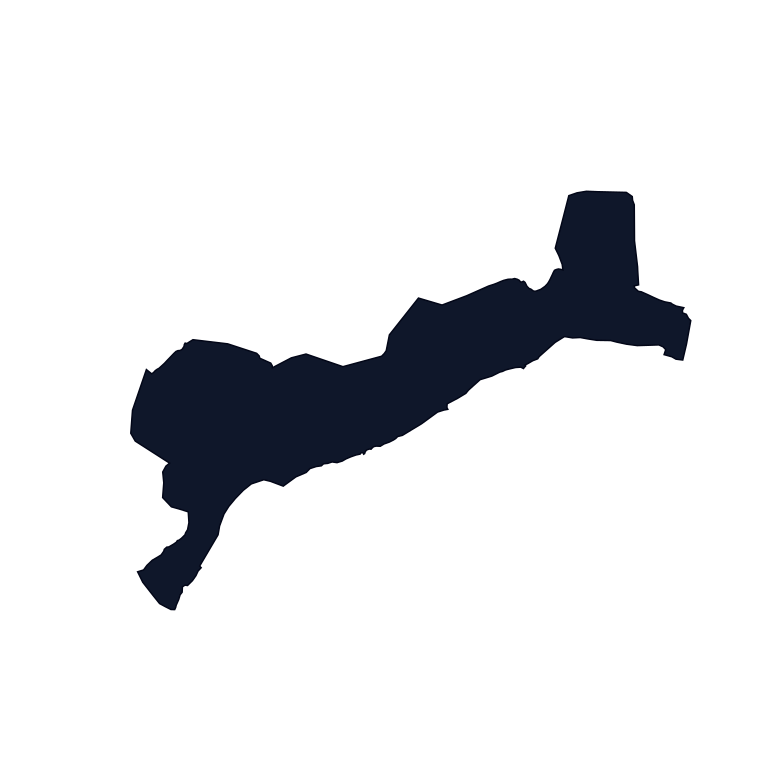 Yauri, Kebbi, Nigeria, rotated 237°
{"feature_id": "59680162B47779539071975", "entity_name": "Yauri", "entity_type": "district", "adm_level": 2, "iso_a3": "NGA", "parent_name": "Nigeria", "parent_adm1": "Kebbi", "projection": "robinson", "projection_center": [4.721, 10.768], "detail": "fine", "context": "isolated", "style": "filled", "palette": "ink", "viewbox_px": 768, "rotation_deg": 237, "n_neighbors": 0, "source": "geoboundaries", "source_scale": "gbopen_adm2", "svg_char_len": 3324}
<svg xmlns="http://www.w3.org/2000/svg" viewBox="0 0 768 768"><g transform="rotate(237 384 384)"><path d="M329.5,130.6L331.7,130.2L347.9,162.7L354.5,168.8L362.1,179.0L365.9,187.2L368.9,196.8L371.5,208.1L372.5,218.3L369.2,231.0L368.7,231.5L364.2,235.8L353.2,243.9L353.3,245.0L354.1,259.5L352.2,270.6L353.4,275.8L351.7,282.2L349.5,286.9L350.0,289.8L349.1,291.6L348.1,293.5L346.9,298.0L346.3,298.7L343.6,301.8L343.3,303.0L342.1,307.0L341.9,311.3L341.0,316.5L339.7,321.9L338.2,325.8L338.5,326.4L338.7,327.3L338.6,327.7L338.3,328.3L337.8,328.8L337.3,328.9L336.2,328.7L336.2,329.9L336.8,330.5L337.5,331.6L338.1,333.3L337.8,335.0L337.4,336.4L336.4,337.6L336.5,337.7L337.1,341.1L336.2,343.6L335.7,344.3L333.8,347.0L333.8,347.6L333.7,351.4L332.4,356.8L331.9,361.4L331.9,364.1L332.5,366.8L330.9,371.5L330.6,381.7L330.2,393.8L331.3,413.6L329.5,420.1L328.0,423.7L330.1,424.0L333.0,426.2L331.9,438.1L331.6,447.6L332.8,451.3L333.8,457.4L335.3,467.0L333.9,471.8L331.9,478.8L330.9,487.6L330.0,490.3L329.6,493.4L328.9,495.7L326.3,503.0L325.7,504.2L323.6,507.9L321.0,509.4L321.4,510.5L322.0,512.6L323.2,512.3L322.8,515.3L322.5,521.5L321.4,526.6L322.5,529.1L325.7,550.2L325.6,555.4L325.5,560.6L325.4,561.2L324.6,562.2L320.0,567.2L316.1,573.9L310.9,579.4L304.8,586.2L297.0,597.8L292.5,601.9L285.3,609.1L278.3,617.3L272.9,626.2L267.1,635.8L263.2,638.3L259.4,639.0L256.1,634.9L250.1,640.2L245.8,642.4L241.4,647.6L252.7,659.4L270.1,675.8L273.3,675.1L277.8,675.5L281.1,673.1L283.4,674.6L284.7,677.0L290.2,671.5L293.9,669.3L295.7,668.7L300.0,664.2L304.3,660.8L310.0,657.1L315.5,653.7L321.2,650.0L323.2,647.8L328.2,646.5L330.0,647.3L328.5,651.5L341.0,658.6L344.2,660.5L367.7,672.1L398.0,691.5L402.6,692.5L406.0,694.3L412.7,691.6L429.1,667.6L435.4,658.7L439.2,650.0L441.3,641.6L426.3,625.3L404.6,601.6L396.4,600.6L387.3,598.6L382.2,596.2L383.7,594.9L385.5,592.9L386.2,590.8L386.5,588.9L385.4,586.8L384.2,585.0L382.8,582.7L381.3,580.3L379.9,577.7L379.0,575.6L378.2,572.2L378.0,567.0L378.7,564.0L379.1,562.0L380.3,560.1L383.7,558.8L384.9,557.8L388.0,557.1L392.4,557.6L394.2,557.0L394.5,555.3L395.0,554.1L397.3,553.9L399.3,552.8L401.3,551.0L402.2,548.4L403.1,547.1L404.3,545.0L405.7,540.9L406.4,537.6L407.0,533.9L407.8,530.2L409.2,525.1L410.0,520.1L413.0,501.3L418.6,475.7L437.3,459.7L422.3,415.3L410.7,404.0L409.4,400.8L408.6,397.1L420.9,359.0L451.5,335.0L451.6,334.9L456.4,320.5L458.4,299.2L460.1,300.2L463.2,300.4L473.2,293.9L475.6,294.6L479.1,293.9L502.8,274.8L525.2,247.9L525.3,243.5L525.3,240.8L526.6,239.5L525.9,238.1L524.4,236.7L523.0,233.4L523.2,231.2L524.2,229.4L524.6,227.3L524.1,224.5L522.5,217.7L522.0,215.5L520.9,211.1L520.1,206.3L519.7,203.6L519.9,202.0L519.8,199.5L519.1,196.8L519.1,194.7L521.5,193.9L525.5,192.6L499.0,158.8L480.6,144.8L471.6,144.3L434.4,161.1L433.9,156.4L430.7,150.5L421.1,145.5L409.3,136.5L396.8,138.8L390.9,144.0L383.4,150.2L374.0,144.9L368.8,139.9L367.3,136.7L365.9,134.9L364.9,130.0L364.7,127.1L365.2,125.4L364.4,123.7L364.3,120.0L364.6,114.6L365.5,113.0L365.0,109.7L363.7,108.2L362.0,104.0L362.1,99.8L362.4,93.7L361.0,86.4L359.0,81.1L360.7,75.1L349.1,73.7L332.1,75.2L322.1,76.2L316.4,79.3L310.9,82.5L308.8,85.6L310.0,87.5L311.7,89.3L315.1,94.5L318.2,98.1L319.3,101.3L323.7,104.5L323.7,107.5L322.0,109.5L323.4,116.2L325.7,121.9L328.4,126.2L329.5,130.6Z" fill="#0f172a" stroke="#020617" stroke-width="1.5"/></g></svg>